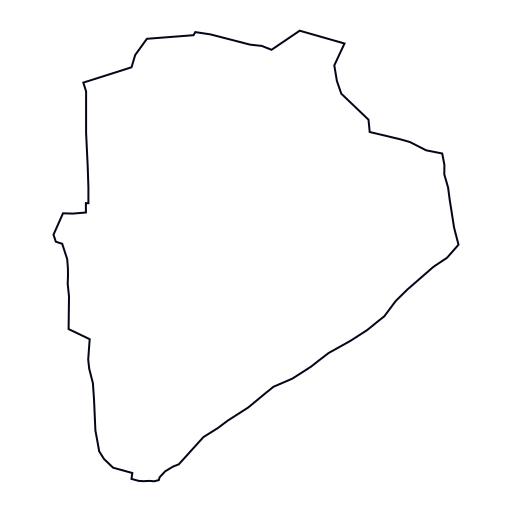 the district of Apa, Benue, Nigeria
{"feature_id": "59680162B6932812925911", "entity_name": "Apa", "entity_type": "district", "adm_level": 2, "iso_a3": "NGA", "parent_name": "Nigeria", "parent_adm1": "Benue", "projection": "orthographic", "projection_center": [7.868, 7.602], "detail": "fine", "context": "isolated", "style": "outline", "palette": "ink", "viewbox_px": 512, "rotation_deg": 0, "n_neighbors": 0, "source": "geoboundaries", "source_scale": "gbopen_adm2", "svg_char_len": 1161}
<svg xmlns="http://www.w3.org/2000/svg" viewBox="0 0 512 512"><path d="M86.1,133.1L87.7,166.2L88.4,187.4L88.4,203.2L85.9,203.1L85.9,212.5L72.8,213.6L63.0,213.3L53.5,234.7L55.8,241.7L62.2,243.8L67.2,259.2L67.9,268.0L68.0,275.6L67.7,283.8L69.0,296.5L68.6,329.1L89.7,339.2L89.1,347.1L88.2,359.5L89.2,368.7L92.9,383.2L94.0,399.1L95.4,430.5L97.1,439.7L99.2,451.3L104.0,459.0L113.1,467.7L132.3,473.0L131.5,478.9L138.7,480.9L143.9,481.2L146.5,481.0L149.9,480.9L154.1,481.3L158.8,480.1L159.6,477.3L165.2,471.3L173.0,466.6L178.8,464.3L181.8,461.0L203.4,437.1L217.9,428.0L227.6,420.7L248.2,407.5L263.9,394.5L273.4,386.8L292.4,378.6L311.1,366.6L317.7,361.4L328.6,353.0L350.5,340.8L367.1,330.1L379.1,320.4L384.3,316.3L395.7,301.0L407.5,289.4L433.0,267.2L435.4,265.5L447.0,257.8L458.5,244.7L454.1,227.7L449.7,199.8L448.1,187.6L444.3,174.4L444.4,164.8L442.2,153.5L426.1,150.3L409.8,142.0L400.7,139.4L369.7,132.0L368.5,119.7L341.3,93.7L336.9,81.0L334.3,65.4L344.5,43.5L299.7,30.7L271.5,49.8L261.7,45.9L250.4,44.7L248.0,44.1L210.5,34.4L195.3,32.1L193.5,35.2L146.9,38.8L135.2,55.0L131.5,67.3L83.3,82.6L86.1,91.4L86.1,133.1Z" fill="none" stroke="#020617" stroke-width="2"/></svg>